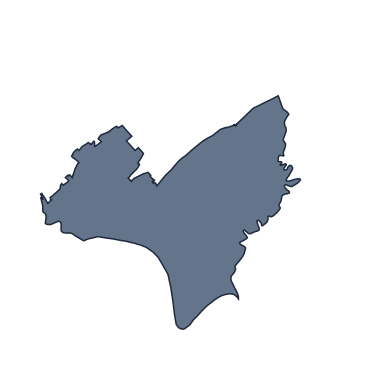 Galati, Galati, Romania (orthographic projection), rotated 47°
{"feature_id": "2599482B19472284697606", "entity_name": "Galati", "entity_type": "district", "adm_level": 2, "iso_a3": "ROU", "parent_name": "Romania", "parent_adm1": "Galati", "projection": "orthographic", "projection_center": [28.069, 45.5], "detail": "fine", "context": "isolated", "style": "filled", "palette": "slate", "viewbox_px": 384, "rotation_deg": 47, "n_neighbors": 0, "source": "geoboundaries", "source_scale": "gbopen_adm2", "svg_char_len": 5937}
<svg xmlns="http://www.w3.org/2000/svg" viewBox="0 0 384 384"><g transform="rotate(47 192 192)"><path d="M153.8,304.5L155.6,299.8L160.7,291.0L164.6,288.1L173.2,281.2L179.1,277.0L182.3,274.3L186.8,271.4L190.3,268.9L193.0,267.6L195.2,266.0L198.2,264.7L201.2,263.2L209.4,261.5L216.8,261.3L230.1,264.3L236.1,265.9L247.2,272.5L258.5,280.2L269.9,288.5L278.2,293.9L282.5,294.3L285.2,293.0L286.6,291.6L287.1,289.7L287.7,284.3L286.4,277.9L286.4,274.1L285.6,264.5L285.5,261.2L285.5,258.7L286.2,250.3L286.8,245.7L287.9,241.5L288.8,239.3L289.9,237.2L292.0,233.9L295.4,231.2L299.2,230.6L301.8,230.9L300.4,229.6L299.2,228.8L295.0,227.1L290.6,226.1L288.6,225.3L285.9,224.6L283.1,223.6L281.1,221.9L280.8,221.5L280.3,220.3L280.0,219.1L279.9,217.5L279.7,216.1L279.0,214.4L278.3,212.9L278.0,212.6L275.9,211.4L275.4,210.7L274.4,202.5L273.6,198.6L273.1,197.1L272.4,195.6L270.1,191.8L269.6,191.1L268.9,190.8L267.4,191.0L264.8,191.8L263.6,192.1L262.3,192.3L261.9,192.1L261.6,191.6L261.6,191.2L261.7,190.5L262.7,187.0L263.2,184.3L263.4,183.4L263.2,182.8L262.4,182.4L260.6,182.0L257.8,181.9L257.1,181.8L255.7,181.3L255.4,181.1L255.3,180.8L255.4,180.0L255.7,179.7L256.0,179.5L260.5,179.1L261.1,178.8L261.9,178.3L262.9,176.5L263.4,174.4L265.2,170.6L265.5,168.9L265.4,168.5L265.0,168.0L264.3,167.6L261.9,166.6L258.6,165.0L257.6,164.4L257.5,164.0L257.6,163.4L257.8,163.0L258.3,162.6L259.4,162.5L261.7,162.6L262.3,162.8L264.2,164.0L264.5,163.9L264.9,162.5L265.2,159.2L265.2,158.7L264.8,157.0L264.5,156.2L263.6,154.8L261.8,153.4L261.7,153.1L261.8,152.6L262.1,152.1L264.0,151.2L264.4,150.4L264.8,149.2L264.9,148.5L264.9,146.8L265.0,144.0L264.8,142.0L264.3,139.4L264.2,138.8L263.7,138.3L262.9,138.0L261.4,137.8L261.0,137.5L260.7,137.1L260.4,136.3L259.6,133.8L258.9,132.5L256.8,129.7L256.3,128.7L256.2,128.2L256.4,127.2L256.8,125.6L258.4,123.4L258.9,122.1L259.0,121.4L258.7,120.9L258.1,120.7L257.5,120.6L256.0,120.8L254.3,121.1L253.2,121.1L252.1,121.0L251.5,120.7L250.7,120.2L250.3,119.5L250.3,118.9L250.4,118.6L250.7,118.3L252.7,117.5L255.0,116.2L255.7,115.8L256.1,115.1L256.4,114.2L256.7,112.9L257.5,108.7L257.4,107.1L257.3,105.1L257.1,104.5L257.0,104.3L256.5,104.2L255.9,104.3L255.6,104.5L254.4,105.8L253.8,106.6L252.6,108.7L251.8,110.2L251.2,111.8L250.6,113.2L249.0,114.9L248.1,115.2L247.9,115.3L247.4,114.9L247.1,114.3L246.5,112.3L246.2,110.5L245.6,108.4L244.6,105.3L244.1,103.6L243.9,103.1L243.5,102.6L242.9,102.0L242.4,101.7L241.1,101.4L240.2,101.6L239.6,101.8L239.4,102.0L239.3,102.3L239.1,103.0L239.1,103.5L239.2,104.5L239.4,105.3L240.1,106.6L240.1,107.4L239.9,108.0L239.5,108.7L238.9,109.3L238.3,109.5L237.6,109.1L237.4,108.8L237.0,107.4L236.9,106.2L236.7,105.1L236.4,104.4L236.0,104.1L235.3,104.3L234.6,105.4L234.1,106.6L233.6,108.0L233.1,108.9L232.9,109.1L232.5,109.2L232.3,109.0L232.1,106.6L231.8,106.3L231.3,106.1L230.9,106.1L230.3,106.5L228.9,107.9L228.3,108.1L228.1,108.0L225.9,105.6L225.2,104.5L225.0,104.0L224.9,103.5L225.0,103.1L225.5,102.4L226.4,101.7L228.0,100.6L228.0,99.9L226.4,99.1L225.3,98.2L224.6,97.1L224.0,95.3L223.6,94.9L223.0,93.7L221.6,91.7L220.5,90.8L220.1,90.6L218.8,90.3L217.0,90.1L216.2,89.7L215.5,89.0L215.3,88.6L213.0,84.0L211.8,81.8L210.9,80.8L210.3,80.3L208.7,79.3L207.3,79.2L206.8,78.9L204.3,77.2L203.6,76.2L203.2,75.5L202.4,73.3L201.5,70.1L201.3,69.3L201.3,68.3L199.0,67.8L193.3,68.7L191.1,68.0L181.0,63.5L180.4,63.4L178.1,71.6L176.3,77.4L173.4,87.3L173.0,88.3L172.7,89.3L172.5,90.5L172.8,110.3L172.6,112.8L173.1,112.9L172.9,114.2L173.0,114.2L173.0,114.5L173.6,114.5L173.6,115.0L171.7,114.9L171.3,115.8L171.8,116.0L168.4,123.2L168.0,123.0L166.2,126.9L165.5,129.0L164.8,138.3L163.4,143.4L162.5,147.6L162.1,150.0L161.7,155.5L161.2,163.2L161.1,171.1L160.4,176.9L160.3,180.9L160.7,184.6L161.6,191.6L161.7,199.9L162.0,202.1L163.6,213.6L160.7,212.5L160.2,212.7L159.5,213.5L159.5,213.8L159.7,214.1L158.0,214.3L157.4,214.2L157.4,212.6L158.1,212.6L158.0,211.4L156.2,211.6L156.2,211.8L151.6,211.9L151.6,210.8L147.6,210.8L146.3,213.8L145.5,215.2L142.7,224.5L142.6,225.5L142.8,228.3L142.4,228.3L142.5,228.8L142.7,229.2L138.2,229.1L138.4,228.5L138.3,228.0L138.2,227.4L138.0,225.5L137.6,224.8L137.7,224.7L137.8,222.8L137.6,221.6L137.6,217.4L137.4,215.8L136.4,212.3L136.1,211.7L135.8,211.5L135.0,211.6L134.1,212.2L133.8,211.8L133.4,209.8L132.5,206.3L131.1,202.1L130.7,201.2L123.0,201.0L122.8,205.3L109.8,205.1L110.2,198.0L101.7,197.9L95.8,197.6L94.6,202.5L93.1,202.2L92.5,202.4L92.1,203.4L91.6,206.6L91.5,207.0L91.5,207.5L91.2,211.3L91.2,211.6L91.5,211.8L91.6,212.1L90.9,212.5L90.4,214.0L89.1,217.6L88.4,218.8L88.2,219.8L88.4,221.6L88.6,222.7L89.0,224.1L89.2,224.4L89.6,224.4L90.9,224.1L93.4,224.1L92.7,231.4L92.4,232.1L88.9,229.2L88.3,229.0L87.8,229.3L88.0,230.2L88.6,233.1L88.0,233.8L87.3,233.3L86.8,233.9L85.1,234.1L85.1,234.5L84.9,235.0L84.7,237.2L83.8,241.2L83.9,242.2L84.1,243.0L84.5,245.7L84.3,246.4L82.5,246.4L82.5,247.7L82.3,247.8L82.2,248.0L82.2,250.9L82.5,252.4L83.1,253.7L83.4,253.7L83.4,254.3L83.6,255.4L83.8,255.7L84.3,255.8L85.2,255.7L85.4,255.8L86.1,255.5L90.0,254.8L91.7,254.6L93.4,254.7L93.4,256.5L95.3,261.6L95.5,262.0L98.5,267.3L98.3,267.4L99.9,269.8L96.7,269.7L96.5,269.9L96.0,269.9L96.0,270.2L96.1,271.1L95.1,271.2L95.0,274.7L99.4,274.4L99.9,274.9L99.9,276.5L99.1,281.6L97.0,281.5L97.2,282.4L97.3,283.3L98.3,284.7L99.8,286.5L99.7,295.4L99.3,299.6L100.1,299.8L100.5,300.3L100.8,300.5L101.3,300.5L102.0,300.2L101.8,302.9L102.1,304.8L102.1,305.1L101.9,305.3L96.1,303.7L95.1,303.7L93.9,303.3L93.2,303.5L90.6,302.8L90.2,304.2L92.1,304.7L95.4,305.7L95.2,306.5L92.5,306.2L96.1,308.2L99.7,310.2L101.7,311.8L103.1,313.3L104.2,314.1L105.2,314.5L107.5,314.2L108.6,314.3L109.9,314.9L112.0,317.1L114.7,320.5L115.6,320.6L116.9,320.1L118.2,318.8L119.4,317.6L122.0,310.3L122.7,309.2L123.2,309.0L123.7,308.9L124.8,308.9L126.1,309.5L127.4,310.7L129.9,313.1L130.8,314.0L132.1,314.2L133.5,314.1L134.4,313.5L136.6,311.6L138.7,309.3L139.5,308.7L140.8,308.0L145.3,307.0L153.8,304.5Z" fill="#64748b" stroke="#1e293b" stroke-width="1.5"/></g></svg>